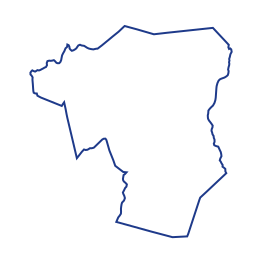 outline of Pentecoste, Ceará, Brazil, rotated 4°
{"feature_id": "56859067B67675566345741", "entity_name": "Pentecoste", "entity_type": "district", "adm_level": 2, "iso_a3": "BRA", "parent_name": "Brazil", "parent_adm1": "Ceará", "projection": "equal_earth", "projection_center": [-39.18, -3.876], "detail": "fine", "context": "isolated", "style": "outline", "palette": "blue", "viewbox_px": 256, "rotation_deg": 4, "n_neighbors": 0, "source": "geoboundaries", "source_scale": "gbopen_adm2", "svg_char_len": 2524}
<svg xmlns="http://www.w3.org/2000/svg" viewBox="0 0 256 256"><g transform="rotate(4 128 128)"><path d="M122.9,222.5L159.0,229.8L180.0,233.8L194.6,232.0L195.5,229.3L204.2,194.8L204.9,192.4L211.1,185.8L229.2,166.2L228.2,164.6L227.9,162.0L226.6,161.0L225.0,160.0L225.0,158.3L223.7,156.6L222.8,155.0L221.8,153.9L222.2,152.0L223.2,149.6L222.8,147.5L222.2,145.5L221.1,143.6L220.2,141.9L219.3,140.3L217.2,139.9L215.3,139.2L214.7,137.7L215.3,135.8L215.1,133.5L214.3,131.9L213.9,129.9L212.8,128.5L212.2,126.5L211.5,125.0L211.6,123.3L212.2,121.5L212.3,119.7L211.1,118.1L210.0,116.8L208.2,114.8L207.2,113.1L206.9,111.5L206.7,109.7L207.0,108.0L207.0,105.0L208.2,103.1L209.7,101.3L211.2,99.7L212.5,97.0L213.2,94.1L213.4,91.7L213.4,89.9L213.4,88.2L213.4,85.4L213.4,83.6L213.4,82.0L213.5,80.0L214.1,77.0L215.0,74.6L216.1,73.2L217.4,72.4L220.8,70.9L222.6,69.6L223.8,68.4L224.3,66.4L224.4,64.2L223.8,62.8L224.1,60.2L224.5,58.5L224.6,56.9L224.2,55.3L224.5,53.7L224.1,52.1L224.6,50.1L225.0,47.3L226.1,44.8L225.5,42.4L224.4,41.5L223.3,42.1L222.5,40.5L222.7,38.0L205.7,22.2L159.6,30.4L147.3,32.7L142.7,31.7L130.2,29.0L117.5,26.5L111.9,32.6L106.2,37.9L96.2,47.4L92.1,51.0L90.9,51.1L89.5,51.5L88.0,52.0L86.3,51.9L84.6,51.7L83.1,51.4L81.4,50.7L79.8,49.8L78.5,49.1L77.2,49.0L75.9,48.9L74.3,48.3L72.7,49.1L71.7,50.7L71.0,52.0L70.0,53.0L68.3,54.2L66.6,54.9L65.2,53.9L64.2,52.8L63.9,51.1L63.0,49.5L61.7,49.0L61.6,51.3L60.1,52.9L59.1,55.9L58.1,57.9L57.2,60.1L56.8,63.1L56.6,64.9L56.0,66.7L54.9,68.1L53.5,68.3L52.1,68.0L50.5,66.4L49.3,65.5L47.6,66.1L46.1,66.4L44.7,66.3L43.0,66.9L42.4,68.9L42.8,71.0L41.9,72.9L40.5,73.6L39.4,74.4L37.9,75.3L36.5,76.2L35.2,76.8L33.6,76.6L32.6,77.4L31.4,78.2L29.9,77.8L28.5,77.2L27.6,78.2L26.8,79.6L27.0,81.4L28.1,82.4L29.3,84.1L29.3,86.3L29.6,88.3L30.0,90.8L30.6,95.2L31.0,97.8L31.5,99.4L33.0,100.0L34.6,99.9L35.4,102.1L39.0,103.7L60.4,110.6L61.4,108.6L62.5,106.8L64.4,113.3L65.8,118.7L66.8,122.2L75.0,148.5L79.1,161.7L83.6,155.0L85.6,152.5L87.3,152.9L89.1,152.5L90.3,151.7L91.5,150.8L92.8,150.8L94.3,150.4L95.4,149.9L103.1,141.3L104.5,140.4L106.2,140.2L107.1,141.2L107.7,142.6L111.0,151.7L115.6,161.2L117.9,166.6L126.3,172.2L129.6,172.3L128.2,174.1L126.9,175.2L126.7,177.1L126.5,179.2L126.9,180.7L127.8,181.8L129.1,182.7L130.8,184.3L130.5,186.6L129.3,188.1L128.4,190.4L127.4,192.7L128.1,194.4L128.9,195.7L129.8,198.1L129.1,200.6L128.2,201.7L127.3,202.8L126.9,204.5L126.7,206.7L126.6,209.1L126.9,211.9L126.9,214.0L125.8,216.0L124.5,217.9L123.8,219.9L122.9,222.5Z" fill="none" stroke="#1e3a8a" stroke-width="2"/></g></svg>